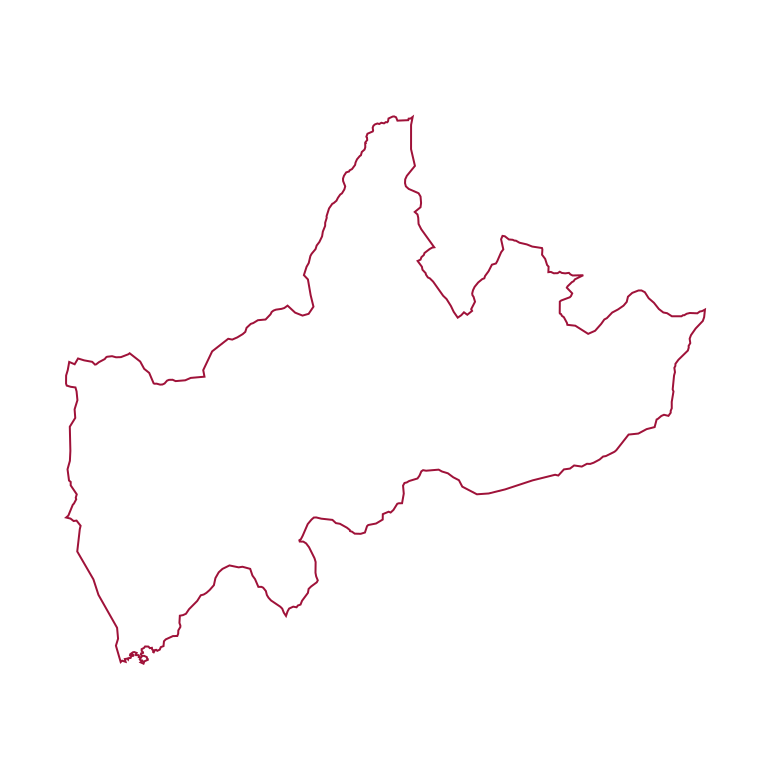 Awutu Senya, Central, Ghana (orthographic projection), rotated 267°
{"feature_id": "2480657B19246099956301", "entity_name": "Awutu Senya", "entity_type": "district", "adm_level": 2, "iso_a3": "GHA", "parent_name": "Ghana", "parent_adm1": "Central", "projection": "orthographic", "projection_center": [-0.532, 5.62], "detail": "fine", "context": "isolated", "style": "outline", "palette": "rose", "viewbox_px": 768, "rotation_deg": 267, "n_neighbors": 0, "source": "geoboundaries", "source_scale": "gbopen_adm2", "svg_char_len": 6126}
<svg xmlns="http://www.w3.org/2000/svg" viewBox="0 0 768 768"><g transform="rotate(267 384 384)"><path d="M422.5,70.8L414.4,68.9L409.1,67.0L401.0,66.5L399.0,67.1L397.6,71.0L396.7,75.7L392.7,76.6L383.9,77.0L374.9,73.7L366.3,73.9L357.8,68.0L333.7,67.3L323.7,66.3L315.4,63.5L304.1,64.4L302.6,66.0L299.2,65.8L289.9,71.4L286.5,70.2L285.0,70.6L280.8,68.1L279.7,66.9L269.1,61.9L267.3,59.6L266.0,63.9L263.4,66.9L263.7,69.8L258.3,73.6L254.9,72.6L232.8,68.9L204.1,83.6L188.4,87.8L154.5,104.7L143.6,105.1L136.7,102.6L120.1,106.5L121.4,108.0L120.1,111.4L122.9,110.8L123.2,113.3L122.3,114.0L123.6,114.4L123.7,116.6L125.5,117.4L125.7,119.4L126.3,119.6L127.0,118.8L126.5,116.2L127.4,116.4L129.2,119.2L129.4,120.5L128.4,122.9L126.5,121.8L126.2,122.1L126.1,124.5L125.5,125.0L124.1,124.8L123.9,127.3L121.9,125.7L120.9,126.3L120.6,128.0L120.0,128.3L118.8,126.4L117.3,129.2L119.6,130.2L120.9,133.7L121.7,133.7L122.1,133.1L123.7,132.8L125.1,130.2L125.1,128.5L126.5,127.0L127.7,127.4L128.1,129.3L128.7,129.3L130.3,128.0L131.9,128.1L133.0,130.5L134.4,131.7L134.1,135.0L132.5,136.3L132.7,138.4L131.0,138.6L130.2,139.7L128.5,139.4L128.1,140.0L130.4,141.5L130.4,142.8L129.4,143.6L130.5,146.2L132.9,147.3L133.8,150.1L138.6,150.8L140.4,152.7L143.3,160.0L143.2,164.4L145.4,165.4L148.7,165.7L152.0,167.9L153.5,168.0L156.1,167.2L163.3,168.0L163.7,171.1L164.9,174.2L169.3,177.5L177.1,186.1L182.6,190.0L183.2,192.9L184.7,195.7L187.4,199.1L192.0,203.6L199.0,205.5L204.6,209.1L207.8,213.0L210.9,220.2L208.5,229.3L208.9,233.1L206.4,240.7L199.6,242.6L195.9,245.0L188.0,247.9L187.8,251.1L186.9,252.7L183.4,255.2L179.4,256.0L176.6,257.5L173.7,259.9L167.0,268.8L165.0,270.6L160.9,272.0L157.5,274.0L162.0,275.8L164.7,277.5L166.4,281.7L165.6,285.0L167.3,286.4L168.1,289.1L171.8,290.8L179.4,297.1L183.3,298.0L185.6,300.6L189.5,306.5L191.4,307.6L195.4,306.2L199.1,305.7L209.8,306.4L213.6,305.5L224.9,300.6L228.9,297.9L230.8,295.2L231.1,291.6L232.4,291.3L233.4,292.9L236.8,294.9L248.1,300.5L252.3,304.4L254.3,306.9L254.3,309.3L252.8,314.3L251.0,325.4L247.6,328.7L246.7,332.7L242.4,339.5L240.0,342.2L238.9,342.4L238.2,344.3L236.1,346.9L235.6,352.9L236.7,357.2L242.9,359.6L244.0,360.9L245.1,368.8L248.7,375.6L254.1,376.0L256.2,381.9L255.3,383.9L257.7,386.8L263.7,391.0L264.1,392.5L264.0,395.8L273.5,398.0L281.5,397.7L284.1,399.3L284.5,401.6L285.8,404.0L287.9,412.5L290.7,414.7L294.8,416.7L295.9,418.5L295.2,421.5L295.6,434.1L293.6,437.3L291.5,443.1L287.2,448.3L284.0,453.8L277.4,456.8L269.0,471.0L269.2,482.8L272.4,499.4L280.0,527.4L284.4,550.1L283.5,553.3L289.3,559.2L289.8,565.3L292.7,569.6L291.2,577.2L293.7,582.5L293.4,585.7L294.4,589.2L297.3,595.4L300.1,599.0L300.4,601.7L304.3,610.7L305.7,612.5L320.7,625.6L321.2,635.4L325.2,643.9L326.8,652.0L334.3,654.4L334.8,655.6L337.6,659.3L338.6,662.0L337.3,666.4L340.3,668.8L342.2,668.9L344.7,670.1L351.1,670.4L361.4,672.7L363.5,672.0L377.3,674.1L380.6,675.2L384.9,674.8L386.8,675.9L388.9,676.1L392.8,679.3L401.5,689.2L404.3,690.2L406.1,690.2L408.8,692.0L413.2,691.6L416.7,693.1L423.1,698.1L430.3,705.7L434.0,707.2L441.5,708.4L440.2,705.6L439.8,703.1L438.2,700.6L438.9,693.1L438.3,689.9L437.0,687.5L437.0,686.1L436.1,684.7L436.6,675.0L439.9,670.4L440.8,666.7L444.5,662.4L451.0,657.8L455.8,652.8L462.0,649.3L463.9,646.1L464.1,643.1L462.0,636.7L458.4,632.2L453.3,630.7L449.7,627.3L446.2,621.6L443.4,615.6L438.1,610.0L436.9,607.4L432.6,604.0L426.1,597.6L423.4,590.5L432.2,578.1L433.5,570.2L435.4,569.9L441.3,567.1L442.8,565.2L444.5,564.5L445.2,563.3L446.0,563.2L457.1,563.9L458.1,565.3L460.9,574.1L462.0,575.3L464.7,576.7L470.6,571.6L471.9,572.4L475.9,577.0L476.7,578.7L478.5,580.1L482.2,588.7L482.5,578.0L483.7,575.9L485.3,574.5L485.0,570.8L485.6,567.4L486.9,565.4L485.6,563.2L485.7,559.3L487.2,556.5L487.1,554.0L492.6,554.5L494.3,553.1L500.5,551.5L504.8,548.6L510.0,549.2L511.5,548.9L513.5,539.2L515.9,534.0L518.0,526.7L520.2,523.3L520.4,521.7L521.3,520.0L521.8,516.3L525.2,512.4L525.7,510.1L522.4,508.5L512.2,510.2L509.5,507.9L500.7,503.5L498.5,502.1L497.5,498.0L491.1,494.3L486.6,490.6L484.3,489.7L483.6,487.6L480.5,483.4L476.3,479.6L473.0,477.8L469.8,476.8L468.0,477.0L466.4,478.0L461.4,479.2L454.2,475.0L452.4,475.8L448.8,470.8L451.4,467.6L448.6,464.7L446.4,461.1L452.4,457.4L458.4,454.9L465.6,450.9L469.0,447.7L483.7,438.4L487.1,435.3L488.1,433.4L491.1,431.6L492.5,431.4L496.1,428.4L499.1,428.0L505.1,424.0L506.3,427.0L508.7,428.0L510.7,430.5L512.7,431.3L516.3,436.5L517.7,439.3L517.9,441.3L536.6,429.3L542.0,426.9L548.2,426.9L551.6,426.3L554.2,423.7L558.6,429.7L562.8,430.5L569.3,430.3L572.7,428.5L577.5,418.9L580.2,416.2L583.5,415.5L587.3,415.9L590.7,417.7L600.2,426.3L617.1,423.3L641.3,424.6L649.2,426.6L647.7,424.4L647.7,422.5L646.2,422.0L646.3,411.2L649.7,410.0L650.7,408.1L650.6,406.6L648.9,402.4L646.2,401.8L645.2,401.0L645.4,399.4L644.3,397.7L645.0,395.0L643.9,392.9L644.5,391.0L643.7,388.5L642.5,387.0L640.5,386.1L637.7,386.4L636.8,386.0L634.8,380.6L631.8,379.3L631.0,379.9L628.5,380.0L626.3,378.0L625.5,378.4L625.2,377.8L621.4,377.7L619.1,376.8L616.9,374.0L613.6,372.9L612.9,371.7L609.8,368.8L606.7,367.2L604.3,366.6L600.3,363.3L599.2,360.9L598.1,360.3L597.3,357.3L594.0,354.9L591.2,353.8L588.8,353.8L583.4,355.6L580.4,354.6L576.6,352.0L575.5,350.2L572.3,347.7L569.5,346.1L567.2,343.1L566.7,341.8L562.2,338.3L554.5,335.4L553.0,335.5L548.1,333.7L545.0,333.5L539.4,330.9L534.7,329.9L529.2,326.9L525.8,324.0L522.3,322.7L517.9,318.6L515.7,317.2L508.8,315.2L505.1,312.8L496.9,309.7L492.4,313.5L476.5,315.4L464.9,317.6L458.0,312.4L456.6,306.2L459.9,299.0L467.3,291.8L465.1,288.4L464.4,285.6L463.9,280.0L463.1,277.5L461.8,275.6L459.5,274.3L454.6,269.1L454.3,261.4L451.7,256.6L451.0,254.1L447.3,249.7L443.3,248.2L441.2,245.5L438.2,239.9L436.3,234.8L437.3,230.8L425.6,214.1L407.3,204.2L400.7,205.1L400.2,191.3L398.1,185.7L397.8,176.0L399.3,173.1L399.4,169.5L398.7,167.5L396.0,164.9L395.1,162.7L395.1,160.4L396.2,157.1L396.3,154.9L396.7,154.0L407.4,150.1L411.7,145.3L419.2,141.7L428.0,131.6L427.1,130.3L424.6,122.7L424.7,117.8L426.0,113.9L425.7,108.9L425.2,107.9L423.5,106.4L420.7,100.4L418.7,97.6L418.5,96.4L421.4,93.8L423.3,85.8L425.5,79.8L419.9,76.1L422.5,70.8Z" fill="none" stroke="#9f1239" stroke-width="2"/></g></svg>